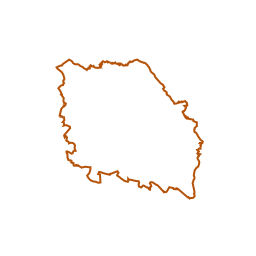 Morroa, Sucre, Colombia (Natural Earth projection), rotated 302°
{"feature_id": "7082276B21586467517782", "entity_name": "Morroa", "entity_type": "district", "adm_level": 2, "iso_a3": "COL", "parent_name": "Colombia", "parent_adm1": "Sucre", "projection": "natural_earth1", "projection_center": [-75.308, 9.392], "detail": "fine", "context": "isolated", "style": "outline", "palette": "amber", "viewbox_px": 256, "rotation_deg": 302, "n_neighbors": 0, "source": "geoboundaries", "source_scale": "gbopen_adm2", "svg_char_len": 5716}
<svg xmlns="http://www.w3.org/2000/svg" viewBox="0 0 256 256"><g transform="rotate(302 128 128)"><path d="M96.0,72.3L97.2,73.4L97.9,74.5L98.0,76.6L98.3,78.0L97.1,79.0L88.0,77.7L87.2,78.4L86.6,79.2L87.7,79.1L88.0,79.1L88.2,79.4L88.1,80.2L87.5,80.2L87.7,80.7L87.4,81.4L86.9,81.7L84.9,82.1L84.6,82.4L84.8,84.7L84.5,85.4L83.7,86.0L84.9,86.9L85.8,88.5L86.0,89.5L86.0,90.7L84.9,92.5L84.0,92.7L82.5,93.5L80.9,95.6L80.2,94.5L79.3,94.0L77.1,94.4L76.4,93.8L76.2,91.7L76.3,90.5L76.0,89.9L76.0,89.0L75.5,88.3L74.9,88.7L74.5,89.3L73.9,89.8L73.5,90.7L70.6,92.5L70.2,93.6L69.4,94.0L69.5,95.7L70.1,96.4L70.3,97.3L70.2,97.5L69.8,97.9L68.7,98.1L68.9,99.8L69.3,99.9L69.4,100.4L67.8,101.4L67.6,101.7L67.5,102.3L67.7,102.8L68.3,103.1L68.5,103.7L68.9,103.4L69.2,103.5L69.3,103.8L69.2,104.5L69.9,105.2L69.9,105.5L69.5,105.7L69.8,106.3L69.7,106.9L69.9,108.6L69.8,109.7L70.7,110.4L71.7,111.5L72.5,112.2L74.4,116.5L74.8,116.9L73.1,118.0L69.4,119.1L66.0,118.6L65.2,119.8L64.6,121.2L64.0,123.1L63.8,124.5L64.0,124.7L64.3,127.0L65.3,129.1L65.7,131.4L66.1,132.3L67.2,133.5L73.7,128.9L73.1,127.1L75.5,126.8L76.4,129.4L76.6,131.0L78.7,137.4L78.9,137.5L79.5,137.0L80.1,137.7L85.8,142.0L85.1,143.6L82.2,143.7L81.9,144.1L81.9,146.6L81.5,149.2L81.3,153.2L82.3,156.4L83.1,156.3L85.0,155.1L84.8,155.7L84.9,156.5L85.9,158.6L86.1,159.5L87.5,163.4L88.5,165.0L88.0,166.0L87.4,166.4L85.9,166.8L85.4,167.4L84.5,167.8L84.2,168.2L84.2,168.8L84.7,170.8L86.9,171.1L87.3,171.5L87.5,171.9L87.6,173.0L87.4,175.1L87.9,176.0L88.0,176.6L87.3,178.1L87.2,178.8L87.3,179.4L87.8,179.3L89.1,178.1L89.8,178.1L90.6,178.7L90.9,178.6L91.7,177.9L92.6,175.9L93.1,175.7L94.1,176.0L94.8,177.3L95.0,177.9L94.8,182.0L95.1,183.3L94.6,185.5L93.3,189.9L93.0,191.5L92.8,191.9L93.2,191.9L93.0,193.2L94.0,194.3L94.8,194.6L99.6,194.4L101.1,198.2L101.1,198.4L100.5,199.1L101.7,201.5L102.5,201.1L102.7,201.8L102.9,202.1L100.9,215.2L100.9,216.1L101.4,216.2L100.9,217.7L101.7,218.1L102.8,219.7L103.3,220.2L105.0,220.7L106.0,220.3L107.1,219.0L107.3,219.2L107.8,218.7L109.0,218.3L114.6,212.9L115.4,212.0L116.8,211.8L118.2,211.2L120.1,211.2L121.5,210.5L122.4,209.1L125.2,207.8L127.7,207.0L130.2,207.1L132.6,208.0L135.5,207.2L136.7,206.6L137.3,206.1L139.0,203.2L139.7,202.7L141.5,202.9L141.5,202.6L144.0,203.1L143.8,202.5L143.0,201.5L142.9,200.9L143.1,200.3L145.6,200.6L145.9,198.5L146.1,198.2L147.1,199.2L148.1,199.1L148.3,199.3L148.9,200.3L149.1,200.0L151.7,199.2L151.7,198.6L153.6,198.2L153.4,197.1L153.2,197.1L153.1,196.8L153.4,196.8L154.5,199.1L156.1,198.6L156.5,195.5L158.3,191.5L159.7,189.1L160.0,188.3L160.1,187.7L159.9,187.4L160.0,186.3L161.7,185.1L162.0,185.2L163.0,184.6L165.2,185.0L166.1,185.4L169.3,183.3L168.8,182.2L168.8,180.1L168.6,179.7L169.6,178.8L167.3,173.1L167.8,172.8L168.2,173.9L168.7,173.5L168.5,172.6L168.3,172.6L168.2,172.3L167.7,172.5L167.6,171.5L168.0,171.6L168.2,171.2L168.3,170.4L168.4,170.5L168.7,170.3L168.5,169.9L168.1,170.1L170.5,165.8L170.9,166.0L170.8,166.3L171.1,166.6L171.0,166.9L171.3,166.6L171.8,166.6L171.9,166.2L172.9,166.8L174.8,166.6L175.7,166.3L175.9,166.4L176.4,165.6L176.7,164.2L177.0,164.6L177.4,164.8L178.0,166.1L178.8,166.2L180.6,164.4L180.8,162.8L181.1,162.2L178.8,160.4L179.0,160.3L179.1,159.6L178.7,159.4L178.6,159.6L177.6,158.5L177.4,157.1L176.7,157.0L176.4,157.4L176.7,157.7L176.6,157.9L174.5,156.1L173.9,155.3L173.2,154.7L173.2,154.2L174.4,152.7L175.0,150.0L176.6,147.4L176.9,146.2L176.9,143.3L177.6,142.4L178.3,142.4L178.9,141.5L179.0,140.0L178.9,138.7L179.0,138.4L180.0,136.9L180.6,137.3L181.9,137.3L182.1,136.5L183.2,134.8L183.2,132.1L185.3,125.1L185.9,123.6L187.3,121.9L187.7,118.3L188.2,117.0L189.3,115.8L191.0,113.0L191.1,112.0L191.7,110.9L192.2,107.9L192.1,107.4L191.6,106.9L191.5,105.4L191.1,104.7L191.0,103.9L191.1,103.1L190.7,102.3L190.8,100.7L191.0,100.2L190.9,99.6L188.3,97.2L187.6,96.9L187.1,97.0L186.6,96.7L186.0,96.0L185.9,95.4L185.4,95.4L185.3,94.4L184.2,94.2L183.8,94.0L183.4,94.1L183.0,93.9L182.7,94.1L182.1,93.8L181.3,94.3L180.7,94.1L180.2,93.4L180.4,92.4L179.2,92.1L179.0,91.7L178.5,91.2L178.4,90.6L178.6,90.3L178.8,89.3L178.3,88.6L178.5,88.2L178.5,87.9L178.8,87.7L178.4,86.9L177.9,86.8L177.6,87.5L177.0,87.7L176.7,87.5L176.8,86.4L177.5,86.1L177.7,85.8L177.4,85.4L176.9,85.1L176.6,84.1L176.4,84.1L176.3,83.3L176.4,82.9L176.3,82.6L176.5,82.4L175.7,82.1L175.8,81.8L175.3,81.4L175.1,80.4L174.7,80.3L174.3,80.7L173.9,80.1L173.9,79.9L174.3,79.7L174.1,78.5L173.5,76.4L173.0,76.1L173.6,75.2L173.4,74.7L172.0,74.1L171.4,73.5L171.5,71.8L171.4,71.5L171.0,71.2L170.0,71.0L169.7,71.0L169.5,71.3L168.8,70.9L168.5,72.2L168.0,72.2L167.9,72.0L168.0,71.0L166.7,70.3L166.5,70.6L166.3,71.4L166.4,72.2L166.2,72.4L165.7,72.3L165.5,71.7L165.3,71.5L165.0,71.6L164.6,72.0L164.4,72.0L164.4,72.3L162.7,70.2L162.6,69.7L161.8,68.2L161.8,66.9L162.3,65.9L161.5,65.6L161.2,65.1L161.1,64.5L161.5,63.6L161.5,63.2L161.1,63.2L160.0,62.7L158.9,63.8L158.4,64.0L158.2,63.4L158.2,62.9L157.6,62.5L157.3,62.4L157.1,62.9L156.1,62.0L155.4,62.2L155.5,61.0L155.3,59.1L155.7,57.3L155.3,54.7L155.7,52.7L155.5,51.6L154.6,50.4L153.9,48.9L153.9,48.4L154.0,46.9L154.8,45.5L154.9,44.7L154.9,43.2L154.6,42.2L154.7,41.8L148.7,39.3L148.4,39.0L146.9,38.8L146.4,39.0L146.0,38.9L145.1,37.6L144.3,37.2L143.4,36.4L141.6,35.3L140.8,37.2L140.8,38.3L140.2,42.5L138.9,44.8L138.2,45.7L136.0,48.0L135.2,48.3L134.8,48.0L133.9,48.0L132.9,48.6L132.2,50.0L131.0,49.7L130.1,50.2L128.4,48.6L124.8,47.9L123.4,51.1L121.4,54.2L120.8,53.7L119.3,57.7L117.0,58.7L115.4,60.3L115.8,61.2L115.7,62.3L115.3,62.3L114.5,62.8L114.1,62.8L113.3,61.7L112.8,62.4L112.6,62.4L112.4,61.9L109.1,61.3L102.3,63.4L102.6,64.2L101.8,64.8L102.0,65.1L102.5,65.3L102.9,65.7L102.4,66.8L103.2,68.0L101.0,69.8L98.6,69.6L99.0,70.3L97.8,71.4L96.7,71.9L96.4,72.3L96.0,72.3Z" fill="none" stroke="#b45309" stroke-width="2"/></g></svg>